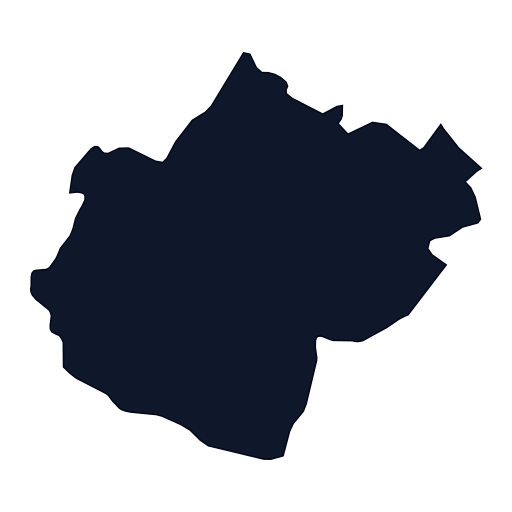 the border of Forlì-Cesena
{"feature_id": "ITA-5365", "entity_name": "Forlì-Cesena", "entity_type": "Province", "adm_level": 1, "iso_a3": "ITA", "parent_name": "Italy", "parent_adm1": "", "projection": "natural_earth1", "projection_center": [11.987, 44.042], "detail": "fine", "context": "isolated", "style": "filled", "palette": "ink", "viewbox_px": 512, "rotation_deg": 0, "n_neighbors": 0, "source": "natural_earth", "source_scale": "10m", "svg_char_len": 1763}
<svg xmlns="http://www.w3.org/2000/svg" viewBox="0 0 512 512"><path d="M440.8,124.5L443.3,128.6L458.5,147.8L481.3,168.3L476.7,171.2L465.0,181.8L470.8,188.0L475.1,197.1L480.5,219.2L477.9,222.8L462.3,227.1L449.5,235.7L434.6,238.1L429.7,240.7L427.7,248.5L432.1,254.9L446.2,264.9L408.0,314.9L404.3,316.3L398.4,319.5L386.9,327.4L362.6,340.7L358.6,341.5L355.1,341.4L352.2,340.7L333.3,340.4L330.5,339.7L323.5,336.8L321.1,336.2L319.7,336.1L317.6,336.3L316.2,338.0L315.4,340.7L315.3,347.3L316.7,357.4L316.6,360.4L306.2,403.9L303.3,411.3L293.2,423.6L289.6,431.2L283.1,455.8L270.8,459.2L263.8,459.1L208.4,445.8L200.3,440.2L190.1,430.1L180.6,424.4L161.7,416.0L156.5,414.6L130.8,412.1L125.4,411.0L121.6,409.6L119.5,408.2L112.8,401.3L108.5,395.5L105.9,393.4L76.7,378.4L70.1,373.4L67.6,371.0L63.5,367.0L63.3,342.4L62.0,339.3L59.3,335.4L56.0,334.1L51.8,331.8L50.4,329.1L50.2,325.6L51.4,315.7L50.5,312.5L49.1,310.0L36.2,299.5L32.5,295.3L31.1,292.2L30.7,289.2L31.2,286.1L31.3,276.7L32.0,273.2L33.9,270.9L36.5,270.3L46.0,269.5L48.3,268.5L50.1,266.9L56.0,258.6L57.4,255.7L60.5,248.2L69.9,236.2L71.5,232.8L73.2,228.1L75.7,218.2L80.2,209.3L82.2,206.0L85.0,199.9L85.1,196.4L84.2,194.0L81.8,192.8L78.9,192.2L76.3,192.1L71.4,192.7L69.8,192.8L72.3,175.4L75.0,167.6L91.0,149.0L94.6,146.6L97.9,146.8L99.9,148.8L101.6,151.3L104.0,153.2L108.1,153.5L119.1,148.3L128.6,148.0L155.4,161.2L162.7,162.5L167.0,158.2L175.6,141.9L192.3,120.3L205.4,112.2L211.3,106.1L243.6,52.8L249.9,54.2L256.3,67.6L261.9,72.6L268.4,72.7L274.7,74.4L280.7,77.6L286.1,82.2L287.6,86.2L286.1,89.8L286.2,93.6L292.2,98.4L322.7,114.1L337.0,106.5L342.4,105.5L342.2,115.7L341.0,119.3L337.9,123.4L347.9,134.2L372.5,122.4L386.2,124.4L419.6,150.4L423.8,147.8L440.8,124.5Z" fill="#0f172a" stroke="#020617" stroke-width="1.5"/></svg>